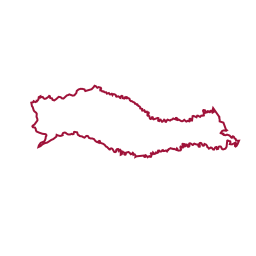 outline of Sochiapa, Veracruz, Mexico, rotated 326°
{"feature_id": "50627088B39448172692324", "entity_name": "Sochiapa", "entity_type": "district", "adm_level": 2, "iso_a3": "MEX", "parent_name": "Mexico", "parent_adm1": "Veracruz", "projection": "albers", "projection_center": [-96.916, 19.171], "detail": "fine", "context": "isolated", "style": "outline", "palette": "rose", "viewbox_px": 256, "rotation_deg": 326, "n_neighbors": 0, "source": "geoboundaries", "source_scale": "gbopen_adm2", "svg_char_len": 5911}
<svg xmlns="http://www.w3.org/2000/svg" viewBox="0 0 256 256"><g transform="rotate(326 128 128)"><path d="M123.9,74.3L122.4,74.9L119.5,75.5L113.3,73.5L113.5,71.7L112.1,70.1L110.6,69.0L108.6,68.4L106.3,68.6L104.7,70.1L101.8,70.9L100.3,70.3L98.1,67.3L97.1,67.3L95.5,66.8L91.0,67.5L89.8,66.5L89.4,64.8L88.0,63.4L84.7,63.9L82.3,63.9L81.2,62.5L81.6,61.0L80.3,59.7L81.0,58.0L80.6,57.3L79.4,57.7L76.4,57.7L75.2,57.2L74.6,56.1L74.7,54.8L74.4,54.4L73.4,53.9L72.6,53.8L73.2,52.7L71.3,52.5L69.6,54.3L68.3,54.7L67.6,54.3L67.2,55.0L65.6,54.7L64.8,53.0L63.8,53.6L62.0,52.9L60.6,56.2L60.7,57.3L59.7,60.7L59.7,61.8L60.4,64.0L60.3,65.2L58.4,67.6L58.0,69.5L57.4,70.8L56.9,71.2L52.4,72.8L50.2,72.8L49.6,73.3L49.6,74.2L51.1,75.6L51.0,77.1L50.4,78.3L50.2,79.7L51.7,82.1L53.8,84.9L56.3,87.1L56.4,88.2L56.0,88.8L55.0,89.2L53.7,90.7L51.9,92.0L50.9,92.2L47.3,91.5L44.4,92.6L43.1,93.7L45.3,94.1L47.2,93.8L48.9,93.8L50.6,94.1L52.9,94.9L57.8,95.0L59.9,95.4L63.7,95.1L65.0,93.8L65.6,94.8L67.2,96.6L68.6,97.2L69.8,97.4L70.0,96.6L71.3,95.9L72.7,96.2L73.6,97.0L73.9,98.2L74.7,99.8L75.9,100.7L76.9,101.2L77.8,101.2L78.7,102.3L79.6,102.5L80.9,101.2L81.5,101.3L83.4,103.2L82.7,105.4L82.8,106.1L83.3,106.7L83.4,107.6L85.3,109.4L85.8,110.7L86.6,111.7L88.9,111.3L89.6,111.6L90.3,112.5L90.1,114.3L91.1,115.7L92.5,116.7L93.6,118.2L93.7,120.4L94.2,121.9L94.7,122.6L95.3,122.6L95.2,123.1L95.5,123.7L96.0,123.0L96.9,122.6L97.3,122.9L96.9,125.0L98.5,127.1L99.2,128.8L99.4,131.1L100.0,132.0L100.6,135.4L101.0,135.7L101.9,135.3L102.7,135.5L103.4,136.5L103.2,140.1L103.8,140.8L105.0,140.9L105.8,139.7L107.2,139.4L108.0,139.9L107.5,141.3L107.5,141.9L108.6,141.2L109.3,141.5L109.4,142.7L107.0,146.1L108.1,146.3L108.8,145.8L110.1,144.3L110.4,144.5L110.6,145.8L111.2,146.4L110.9,147.1L110.2,147.8L110.4,148.3L111.0,148.7L111.7,148.3L112.2,147.6L112.8,147.4L115.0,148.2L115.5,149.7L115.6,151.3L116.6,151.6L118.1,151.2L118.2,151.7L117.5,153.2L118.5,153.3L118.8,153.6L118.8,155.3L118.0,156.1L119.1,156.2L126.1,159.9L125.4,160.8L125.6,161.3L126.0,161.5L126.7,160.8L127.4,160.5L127.7,161.2L127.9,163.2L129.3,163.1L130.2,163.4L130.2,164.3L131.0,164.7L132.5,163.6L132.6,162.0L133.0,161.8L134.2,163.4L135.1,162.4L135.6,164.4L136.9,164.6L137.5,164.0L138.3,165.0L139.2,165.1L139.7,164.0L140.4,163.6L141.3,164.2L141.3,165.4L142.3,166.0L143.2,166.1L143.9,165.6L144.6,165.8L144.6,167.0L145.5,167.5L146.7,167.8L147.2,169.2L148.3,168.5L148.9,168.9L149.8,168.3L152.1,168.6L152.5,169.4L153.0,169.7L153.7,170.8L154.5,171.0L155.8,173.1L157.1,172.3L157.2,173.1L156.6,174.0L157.1,174.9L159.0,175.9L159.9,175.6L160.7,173.1L161.3,172.8L161.8,173.3L162.1,174.5L162.5,174.9L163.0,174.7L164.1,171.8L164.7,171.8L165.3,173.0L165.9,173.0L166.2,173.6L164.7,174.6L164.7,175.0L165.3,175.2L166.5,174.6L167.5,174.6L167.7,175.5L167.1,176.4L167.2,177.1L168.0,177.5L169.0,177.2L169.7,175.4L170.3,175.1L170.8,175.3L171.4,176.2L172.1,178.2L172.8,178.4L173.5,178.0L174.2,178.0L175.4,179.8L176.7,180.8L176.2,182.8L176.4,183.3L177.0,183.6L177.5,183.1L178.5,180.8L179.0,180.6L179.8,180.9L180.3,181.6L180.1,184.3L180.5,184.8L181.1,185.0L182.5,184.0L183.5,185.6L183.5,187.2L183.1,188.3L183.6,189.2L183.5,190.3L184.6,190.6L185.6,190.4L186.3,191.1L186.6,193.5L187.3,194.0L189.3,192.9L190.3,193.0L190.7,193.2L189.9,195.3L190.4,195.5L191.1,195.7L191.9,194.8L192.9,194.3L193.9,194.7L194.5,195.3L194.5,196.5L194.2,197.6L194.4,198.4L195.0,199.0L197.2,199.6L199.2,198.7L203.2,194.0L203.7,194.1L204.4,195.3L205.3,196.2L205.0,197.1L203.4,198.3L204.0,198.9L205.2,199.8L208.9,200.2L209.0,200.9L208.5,201.6L207.2,201.9L206.6,202.7L206.8,203.5L207.9,203.5L209.9,202.6L212.9,200.6L211.7,199.9L210.7,198.7L211.1,197.1L210.5,196.2L210.8,194.5L210.3,193.5L209.6,193.5L208.7,194.2L208.4,194.0L208.0,191.1L207.4,190.2L206.4,188.9L204.8,188.5L203.6,187.4L203.9,186.2L203.0,186.0L203.0,184.8L202.2,184.5L202.0,184.0L204.5,183.1L206.2,183.6L207.8,185.2L208.7,185.2L208.3,184.2L210.1,176.9L207.7,173.8L208.9,171.9L209.3,170.5L209.9,170.1L209.7,159.1L208.8,159.9L208.1,162.6L206.6,162.5L206.9,160.7L206.6,160.1L205.9,159.9L205.3,160.6L204.7,160.7L204.2,160.3L204.0,159.1L203.6,158.7L202.6,159.3L201.9,159.1L201.7,156.3L200.6,155.3L200.0,155.5L199.6,156.3L199.5,157.1L200.2,158.2L199.9,158.7L198.8,158.5L198.3,158.9L197.9,160.0L196.8,159.6L195.7,158.7L194.0,159.1L192.8,156.8L192.2,156.5L190.8,157.4L189.6,155.4L188.9,154.5L188.2,154.3L185.3,157.6L184.5,157.0L184.9,155.4L184.6,155.0L184.1,154.9L183.6,155.3L183.2,156.7L182.7,156.9L181.3,155.3L180.1,155.4L179.8,155.1L179.2,152.7L177.4,152.9L176.7,152.7L176.0,152.1L174.8,149.4L173.7,149.3L173.3,148.9L173.3,148.4L174.1,147.7L173.9,146.8L173.4,146.5L172.4,147.6L170.8,145.4L169.7,145.7L168.0,145.2L167.2,145.4L166.8,145.1L165.5,143.2L164.5,143.4L163.0,144.2L162.6,143.9L162.5,143.5L162.9,142.1L162.6,141.3L160.5,142.0L159.7,141.9L159.6,141.6L159.7,139.3L159.1,139.2L157.7,139.7L157.1,138.8L157.4,138.3L158.3,137.7L158.7,136.8L158.3,136.3L154.1,135.2L153.8,134.6L154.5,133.0L154.1,132.5L152.6,133.2L151.9,133.3L151.6,133.0L151.5,132.2L152.3,130.2L152.1,129.6L151.2,128.8L151.2,128.3L151.5,127.9L152.9,127.8L153.7,127.1L153.7,126.6L152.6,126.5L152.4,126.2L152.8,125.5L152.8,125.0L151.3,124.5L151.1,124.2L151.5,123.0L151.5,122.4L150.1,122.0L149.5,121.4L150.4,120.1L149.1,118.6L149.7,117.7L149.6,116.5L148.9,115.6L149.0,113.7L148.3,113.6L148.1,112.4L147.4,111.8L147.7,111.0L147.5,110.3L146.9,109.6L146.2,107.9L145.5,107.4L145.1,106.0L145.6,104.5L144.7,103.1L144.3,101.8L144.0,101.5L143.3,102.5L142.9,102.1L142.6,101.0L141.4,101.5L140.9,101.0L140.4,100.4L141.2,98.5L140.9,97.9L139.5,97.8L138.5,98.9L138.2,98.5L138.2,97.6L137.6,96.2L136.2,95.8L135.8,95.2L136.2,94.4L136.2,93.5L135.4,92.2L134.6,91.6L133.5,92.1L133.6,90.5L132.2,90.3L131.7,89.9L131.7,88.3L129.7,87.7L129.9,86.3L128.6,85.3L128.3,84.7L128.3,84.0L127.1,83.3L126.9,81.6L126.1,81.4L126.2,80.9L127.9,80.0L127.9,79.3L126.4,77.6L125.2,77.6L124.9,77.1L124.7,75.4L123.9,74.3Z" fill="none" stroke="#9f1239" stroke-width="2"/></g></svg>